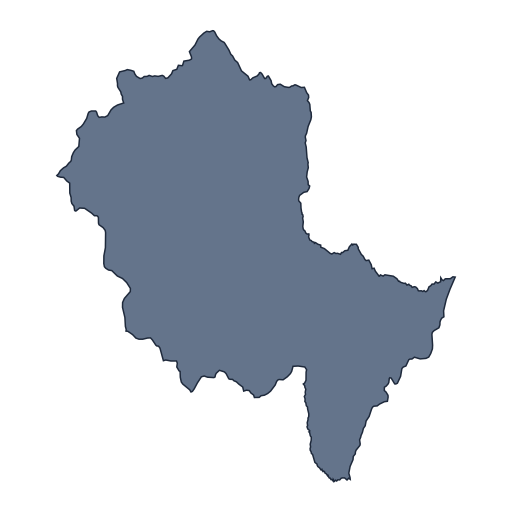 Salgar, Antioquia, Colombia
{"feature_id": "7082276B68857935293525", "entity_name": "Salgar", "entity_type": "district", "adm_level": 2, "iso_a3": "COL", "parent_name": "Colombia", "parent_adm1": "Antioquia", "projection": "equal_earth", "projection_center": [-76.003, 5.966], "detail": "fine", "context": "isolated", "style": "filled", "palette": "slate", "viewbox_px": 512, "rotation_deg": 0, "n_neighbors": 0, "source": "geoboundaries", "source_scale": "gbopen_adm2", "svg_char_len": 5993}
<svg xmlns="http://www.w3.org/2000/svg" viewBox="0 0 512 512"><path d="M443.9,316.8L443.6,310.8L446.3,299.2L450.0,289.2L455.2,277.1L452.9,276.8L450.3,278.7L445.3,278.8L443.4,280.6L442.1,279.9L440.8,277.8L440.6,281.7L437.8,283.1L435.8,281.9L434.0,284.1L432.0,284.1L430.8,285.7L429.0,286.8L427.7,290.1L426.4,291.5L425.4,291.7L424.1,290.6L422.8,291.5L421.5,290.8L419.0,290.9L418.3,290.7L417.4,288.6L415.7,287.0L414.2,286.7L412.2,287.4L411.2,285.9L409.4,285.1L408.8,284.2L407.0,285.1L405.4,283.2L404.0,283.4L400.3,282.2L399.6,281.2L398.6,281.3L396.9,278.7L393.3,276.2L384.9,274.8L383.1,276.1L380.4,274.9L379.6,276.1L379.1,276.2L375.3,271.1L374.1,268.2L372.1,268.7L371.2,264.6L368.8,260.1L366.1,260.6L364.9,259.5L363.2,256.2L361.3,254.4L358.2,248.7L358.2,247.3L356.4,244.3L353.5,244.2L352.8,245.0L351.9,244.0L349.4,246.7L347.8,250.3L344.9,250.7L342.6,252.6L341.5,252.5L340.5,254.3L337.5,253.3L335.9,253.5L334.2,252.6L331.8,254.0L330.2,253.4L324.4,248.6L320.8,247.2L320.7,245.1L317.8,244.2L315.5,242.6L314.4,243.3L314.1,242.2L312.1,241.6L311.3,240.6L309.8,240.0L308.6,237.0L309.0,235.0L308.8,233.9L307.3,234.1L306.0,233.3L304.7,230.6L303.8,230.1L303.2,228.9L302.8,226.5L303.3,221.9L302.6,217.9L303.1,216.8L302.8,214.8L301.9,214.0L302.1,213.1L301.6,212.1L301.0,208.1L300.8,203.2L298.8,200.9L298.6,199.8L298.8,197.5L299.6,195.4L303.8,192.3L307.1,191.6L309.0,188.6L309.7,186.0L308.2,184.7L308.1,181.4L306.6,177.0L307.2,171.8L308.3,167.7L307.9,164.1L308.2,162.7L307.0,157.7L306.2,147.0L305.2,142.9L306.0,140.6L305.3,137.2L305.4,135.8L306.6,133.3L308.1,126.5L310.8,119.8L311.4,116.9L311.1,112.3L310.3,110.9L309.8,104.4L309.0,102.5L307.4,100.7L308.7,97.5L308.5,95.1L306.7,92.7L304.4,87.3L301.2,87.5L295.7,84.9L294.5,84.9L293.2,85.8L291.6,86.0L289.7,87.3L288.3,87.4L284.3,86.7L280.2,84.2L277.6,84.6L275.9,86.6L274.6,86.8L273.3,85.9L271.7,83.7L271.1,80.7L268.4,76.0L267.4,76.2L265.7,78.5L264.6,78.5L262.1,74.1L260.6,72.5L259.5,72.7L258.9,74.1L257.1,76.0L252.9,77.8L250.7,79.8L249.6,79.9L248.0,76.2L241.5,70.9L237.6,62.5L234.8,60.1L232.6,56.0L230.8,54.3L229.0,50.2L224.9,43.5L224.1,42.4L221.2,40.9L218.9,38.9L216.6,35.8L214.8,32.1L213.6,30.8L212.6,30.7L209.6,31.8L206.7,31.3L203.8,33.1L199.6,37.0L198.0,39.0L195.0,45.0L189.4,51.6L191.4,56.7L191.6,58.3L191.4,59.1L189.3,60.2L183.9,61.1L182.6,65.2L182.1,65.7L178.4,65.3L176.8,69.3L172.9,70.6L171.5,73.9L167.8,77.9L165.6,78.4L163.7,76.1L162.2,75.4L158.2,76.4L154.7,75.9L152.4,76.5L149.1,75.4L147.2,76.4L144.2,76.5L142.3,78.1L140.1,78.5L136.5,76.4L134.8,73.9L133.8,71.3L130.8,70.3L127.3,69.6L125.3,70.5L119.6,71.9L116.7,78.4L117.5,83.4L117.5,85.9L117.9,87.3L120.8,91.9L121.2,94.1L122.5,96.4L122.5,99.3L123.7,103.0L117.5,105.0L113.6,107.3L111.1,109.8L107.7,115.6L104.8,117.1L101.8,116.9L99.2,117.4L97.7,115.7L96.6,112.2L95.7,111.0L91.4,111.0L89.0,112.0L88.2,113.4L86.7,118.4L83.3,124.1L81.3,126.5L77.6,129.1L76.4,130.6L76.9,134.5L79.5,138.3L78.8,146.5L75.1,150.0L73.4,152.6L71.7,156.6L71.3,160.2L70.7,161.4L68.8,163.1L66.4,166.2L63.6,167.8L60.4,170.6L58.5,173.9L56.8,175.5L57.6,176.3L60.6,177.2L63.7,177.4L66.8,181.0L69.7,183.1L69.8,193.1L71.1,197.5L71.2,201.2L71.9,203.6L74.0,206.2L74.6,210.3L75.3,211.0L76.1,210.9L79.6,208.0L84.6,208.3L91.6,213.1L94.4,215.7L96.8,215.7L97.6,216.2L98.4,217.4L98.5,223.2L99.0,224.7L103.1,227.6L105.2,230.4L105.6,232.7L105.4,247.8L103.9,255.8L103.8,263.6L104.4,266.7L105.8,268.3L108.5,270.0L111.8,270.6L117.3,276.0L122.5,278.5L126.7,282.6L130.4,288.4L130.3,291.6L124.4,298.4L122.6,302.5L122.5,307.3L124.9,317.5L125.4,326.5L126.2,329.4L126.0,331.1L127.8,331.3L132.6,334.6L135.9,338.1L139.0,339.2L142.7,339.2L147.7,338.0L150.5,337.9L152.3,339.8L155.8,345.1L156.7,345.9L158.6,346.2L160.0,348.2L163.4,360.7L165.7,360.0L171.0,361.0L176.5,361.0L177.3,363.1L176.8,367.0L179.1,370.9L180.1,371.4L180.3,377.3L181.3,382.0L182.8,384.1L189.7,389.8L191.0,392.0L192.4,391.4L194.2,388.9L197.4,382.9L201.4,376.8L204.2,376.0L207.5,377.2L213.9,377.6L215.0,377.0L215.5,374.7L216.3,373.2L219.4,370.3L224.4,371.9L226.1,373.6L228.8,378.8L230.0,379.3L232.6,379.4L233.8,380.7L236.4,381.8L238.8,384.1L242.7,387.0L243.7,391.1L246.5,390.2L249.3,390.6L250.8,392.9L253.6,395.0L254.4,397.5L259.2,397.4L261.1,395.7L264.4,395.2L267.7,393.5L270.6,391.1L275.2,385.0L276.7,381.3L278.0,379.9L279.0,379.5L283.1,379.8L287.3,376.8L290.4,373.6L291.7,371.3L293.0,366.3L298.1,366.0L304.8,367.0L306.6,369.7L306.1,372.1L306.0,380.3L304.6,383.1L303.3,384.0L304.7,385.7L304.9,387.3L305.8,389.2L305.2,392.2L305.5,394.5L304.3,396.5L305.1,398.9L304.9,401.6L305.8,402.7L306.3,405.7L307.5,407.0L307.6,408.9L308.8,413.9L308.7,416.7L308.0,418.0L308.0,419.8L307.2,422.7L307.6,425.6L307.0,426.8L307.8,429.0L309.7,430.7L309.6,431.4L308.9,431.9L309.6,432.5L310.3,435.8L311.3,437.2L311.2,440.4L310.2,444.2L310.6,447.0L310.1,448.4L310.2,450.2L311.1,451.7L311.4,453.4L312.6,454.5L314.9,462.4L317.1,464.2L317.1,465.0L317.8,466.5L319.5,467.8L321.0,469.9L321.9,469.3L322.3,470.6L322.9,470.7L322.9,471.5L324.4,471.5L325.1,473.2L326.3,473.8L327.4,475.5L327.7,475.0L328.1,475.2L328.3,476.4L329.3,478.0L330.3,478.2L331.0,479.6L331.8,479.5L333.2,481.1L333.3,479.5L334.5,481.3L335.6,480.2L336.7,481.0L337.8,479.8L339.7,479.9L341.1,478.3L342.3,477.9L344.6,477.9L347.0,480.0L348.7,478.2L350.2,479.3L350.0,477.4L348.8,473.2L350.1,466.4L353.0,459.7L353.3,456.4L355.3,453.9L355.4,452.0L356.0,450.3L359.9,445.4L360.2,444.0L359.6,439.8L360.7,437.2L361.0,435.6L362.4,432.4L363.4,428.4L365.2,425.8L366.1,421.0L369.1,416.5L371.7,408.7L372.6,407.1L373.8,406.2L377.2,405.9L379.5,404.1L384.4,401.7L387.4,401.3L388.1,397.2L388.0,395.3L386.0,392.0L384.3,390.5L384.4,387.2L386.2,386.1L388.2,383.8L388.8,382.4L389.3,378.4L389.8,377.7L391.2,378.1L394.7,383.9L395.8,384.0L397.4,383.2L400.6,376.3L401.9,368.5L403.3,367.0L405.9,366.0L408.8,359.7L409.9,359.1L412.0,359.0L414.4,357.2L420.2,358.9L425.9,358.4L428.7,357.1L430.7,353.6L432.4,348.9L432.6,345.3L431.9,334.5L432.3,332.4L434.1,330.6L438.9,327.8L439.9,324.9L440.0,321.9L440.8,319.7L441.8,318.1L443.9,316.8Z" fill="#64748b" stroke="#1e293b" stroke-width="1.5"/></svg>